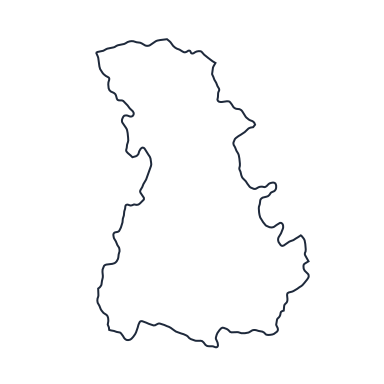 outline of San Ignacio de Sabaneta, Santiago Rodríguez, Dominican Republic, rotated 173°
{"feature_id": "3306468B60341362842796", "entity_name": "San Ignacio de Sabaneta", "entity_type": "district", "adm_level": 2, "iso_a3": "DOM", "parent_name": "Dominican Republic", "parent_adm1": "Santiago Rodríguez", "projection": "mercator", "projection_center": [-71.312, 19.362], "detail": "fine", "context": "isolated", "style": "outline", "palette": "slate", "viewbox_px": 384, "rotation_deg": 173, "n_neighbors": 0, "source": "geoboundaries", "source_scale": "gbopen_adm2", "svg_char_len": 5987}
<svg xmlns="http://www.w3.org/2000/svg" viewBox="0 0 384 384"><g transform="rotate(173 192 192)"><path d="M89.3,135.7L92.3,134.2L94.6,133.2L97.2,131.9L100.7,131.1L101.6,130.8L107.5,127.7L108.9,127.5L109.7,127.8L110.4,128.4L112.1,131.6L112.4,133.2L112.3,134.8L111.7,136.3L108.7,140.1L106.3,144.5L105.9,145.4L105.7,147.0L105.7,148.0L106.0,149.0L106.5,149.8L107.2,150.4L108.1,150.6L108.5,150.6L112.2,148.9L114.7,147.5L115.7,147.2L117.3,147.1L119.3,147.6L122.5,149.5L123.1,150.2L125.1,153.4L127.4,158.4L127.8,161.1L127.9,163.4L127.7,167.5L127.4,169.1L126.2,171.7L125.2,175.6L124.6,176.5L123.9,177.1L122.6,177.8L118.5,178.3L117.1,178.6L115.5,179.7L113.9,181.6L113.1,182.0L110.4,182.8L109.6,183.3L108.6,184.4L108.0,185.8L107.7,187.9L107.8,188.9L108.2,190.3L109.0,191.0L109.9,191.4L110.9,191.5L112.4,191.4L113.9,191.1L114.9,190.6L117.3,188.7L118.6,188.1L119.4,188.0L121.9,188.8L123.9,188.9L125.4,188.6L127.5,187.7L128.4,187.4L129.4,187.4L130.3,187.6L133.1,189.2L134.1,190.1L136.0,193.4L137.3,196.1L140.0,199.6L140.5,200.6L141.0,202.6L141.4,206.2L142.1,208.4L142.2,209.2L142.1,210.0L141.3,212.1L141.0,214.3L140.9,219.5L141.1,222.9L141.5,224.5L142.9,227.6L143.8,231.1L144.9,233.7L145.0,235.2L144.8,236.1L143.0,239.3L141.9,240.2L139.1,241.8L136.8,242.8L132.4,245.0L128.1,248.2L126.1,248.8L123.4,248.9L121.2,251.1L121.7,253.0L122.5,254.2L123.6,255.1L125.4,256.0L126.7,256.9L129.0,259.3L129.6,260.2L132.3,266.0L133.1,267.2L134.7,268.4L138.0,269.2L138.9,269.7L139.7,270.3L140.6,271.4L141.8,274.0L143.2,276.4L143.8,277.1L144.7,277.5L146.2,277.8L151.3,277.7L152.9,277.9L154.3,278.4L155.2,279.4L155.5,280.6L154.7,283.0L154.0,287.0L153.5,288.2L152.7,289.4L152.5,290.6L152.7,291.5L153.8,294.0L154.7,297.5L156.1,300.7L156.8,303.7L157.5,305.8L157.7,306.6L156.0,313.0L155.2,314.3L153.0,317.2L155.7,319.3L159.3,322.8L163.2,326.8L165.4,330.0L166.2,330.6L168.1,331.0L170.1,330.9L171.6,330.5L173.6,329.5L174.8,329.4L175.6,329.7L175.9,330.0L176.6,332.1L177.2,332.6L178.4,332.7L180.3,331.8L181.1,331.6L182.1,331.5L183.1,331.8L184.3,332.6L187.0,334.8L189.7,336.2L191.2,337.4L192.9,339.3L195.1,343.3L196.0,344.4L198.2,346.7L205.1,346.7L208.0,346.5L209.5,346.1L215.9,342.8L217.0,342.5L218.5,342.5L219.5,342.7L220.5,343.1L223.9,345.7L225.3,346.5L228.8,347.4L231.9,348.8L233.6,349.1L235.4,349.1L237.6,348.7L239.8,347.7L241.3,347.2L247.5,346.7L249.0,346.3L251.2,345.3L252.3,345.1L258.5,344.6L259.6,344.3L262.8,343.0L268.7,342.5L269.7,342.1L270.0,341.4L269.0,338.1L268.7,336.5L268.6,327.9L268.2,325.2L266.3,321.2L265.4,319.8L263.5,317.8L260.9,315.9L260.6,315.6L260.3,314.7L260.5,313.5L261.6,311.0L262.0,308.9L262.1,305.1L261.5,303.1L260.3,301.6L257.5,299.9L256.2,298.5L255.7,297.1L255.2,293.7L254.6,292.5L253.5,291.9L250.3,291.4L249.1,290.7L245.4,285.8L243.6,282.6L240.9,279.3L240.3,277.8L240.3,276.8L240.6,275.9L241.5,274.8L242.4,274.4L243.4,274.3L244.4,274.5L246.7,275.7L247.7,276.0L249.1,276.1L250.1,275.9L250.8,275.3L251.4,274.6L252.5,272.7L252.8,271.8L252.9,270.2L252.6,269.3L249.7,263.7L249.1,262.3L248.9,261.2L248.7,258.3L248.8,253.7L249.0,250.9L249.5,249.4L250.7,246.8L251.4,243.8L252.2,241.8L252.3,240.9L252.0,240.0L250.9,238.4L248.4,235.7L246.9,233.8L243.4,234.3L242.0,234.9L240.6,236.2L239.4,238.9L237.8,241.0L237.0,241.6L236.2,242.0L235.7,242.1L234.8,241.8L234.1,241.3L233.6,240.5L230.7,234.3L229.6,232.2L229.1,230.2L229.0,225.8L229.1,224.2L229.6,222.7L236.0,210.0L239.3,205.7L240.8,202.9L242.7,200.5L243.4,199.2L243.4,198.3L243.2,197.5L240.5,192.2L240.5,191.3L240.7,190.4L244.9,187.1L246.2,186.3L247.2,186.0L248.7,186.0L251.0,186.7L253.4,186.1L254.8,186.1L257.1,187.2L257.9,187.4L258.8,187.2L259.2,187.0L259.5,186.7L259.9,185.9L260.4,183.7L261.6,181.0L262.5,177.0L263.9,173.9L264.7,170.3L266.9,165.4L268.7,162.7L269.3,162.0L270.5,161.5L273.3,161.3L274.1,161.0L274.8,160.3L275.2,159.5L275.3,158.5L275.2,156.4L275.0,155.4L273.6,152.3L272.5,148.3L271.2,145.7L271.0,144.1L271.1,142.1L272.4,139.0L273.1,136.0L273.7,134.5L275.3,132.3L276.6,131.3L277.6,130.8L279.8,130.4L286.0,130.4L287.4,130.0L288.2,129.5L288.7,128.7L290.2,125.9L290.6,123.6L290.7,119.6L291.0,117.9L292.2,114.7L293.1,111.3L293.5,110.4L294.5,109.3L295.2,108.6L296.9,107.6L297.5,100.8L297.8,99.7L298.8,97.6L299.2,95.6L299.1,93.5L297.8,90.4L296.9,86.9L296.3,85.5L294.6,82.8L291.9,80.5L291.3,79.7L290.9,78.8L290.6,77.1L290.7,74.7L290.9,73.6L291.8,70.7L291.0,67.8L291.0,65.2L289.3,64.5L286.4,63.6L283.8,62.3L280.6,61.3L279.7,60.4L278.1,57.6L277.1,55.3L276.2,54.1L275.1,53.2L274.0,52.9L273.0,52.8L271.4,53.0L270.0,53.7L268.0,55.4L265.8,57.8L264.6,59.6L262.4,64.1L261.3,66.8L259.9,69.1L259.3,69.7L258.9,69.9L258.0,70.0L257.1,69.8L253.4,67.9L250.9,66.4L246.5,64.3L245.0,64.2L242.1,65.3L241.1,65.5L240.1,65.4L235.7,63.4L233.2,61.9L231.4,61.0L229.7,59.8L226.5,56.8L224.9,55.4L220.0,52.9L217.7,51.9L214.9,50.2L213.9,49.3L212.6,47.4L211.2,46.2L206.8,44.0L205.3,43.7L201.6,43.3L200.2,42.8L198.9,41.4L197.2,38.5L195.7,37.3L194.3,36.9L190.1,36.3L187.7,35.1L186.9,34.9L186.0,35.1L185.6,35.3L185.3,35.7L184.9,36.6L184.9,38.0L185.0,39.5L186.2,43.4L186.0,44.7L184.9,47.3L183.8,49.1L181.3,51.8L179.7,53.1L178.4,53.6L177.1,53.3L174.2,51.8L172.8,50.6L171.2,48.5L169.9,47.9L164.2,47.4L163.2,47.2L160.1,45.8L156.9,45.4L153.2,45.6L152.2,45.9L149.1,47.3L148.1,47.5L146.5,47.4L145.1,47.0L142.9,46.0L139.1,44.8L137.6,43.7L136.0,41.6L135.2,41.2L133.7,40.8L131.6,40.7L129.5,40.8L127.9,41.2L124.7,43.0L123.8,44.0L123.5,44.9L123.5,46.4L124.5,49.3L124.6,50.1L123.3,54.5L123.0,55.3L122.4,56.0L121.0,57.0L120.1,58.0L119.4,59.2L118.7,61.4L118.2,62.2L117.0,62.8L115.4,63.1L114.4,67.7L114.1,68.5L113.5,69.2L111.5,70.8L111.0,71.6L110.6,72.5L110.3,74.2L110.2,78.0L110.0,79.0L109.5,79.9L108.2,80.5L104.8,80.9L103.4,81.3L99.3,83.1L96.8,84.5L95.0,85.3L93.6,86.2L91.5,88.1L88.3,91.2L86.9,92.9L86.5,93.8L86.4,95.4L86.7,96.3L89.7,100.1L90.3,101.6L90.5,102.6L90.4,104.7L90.2,105.6L89.8,106.5L88.6,107.3L84.8,109.0L87.4,115.4L87.6,116.3L87.4,117.6L86.5,119.2L86.1,121.2L85.9,126.5L86.1,130.1L86.4,131.2L86.9,132.3L88.5,134.9L89.3,135.7Z" fill="none" stroke="#1e293b" stroke-width="2"/></g></svg>